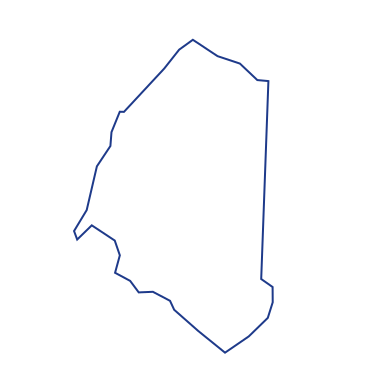 the district of Treutlen, Georgia, United States of America, rotated 284°
{"feature_id": "52423323B24374118756393", "entity_name": "Treutlen", "entity_type": "district", "adm_level": 2, "iso_a3": "USA", "parent_name": "United States of America", "parent_adm1": "Georgia", "projection": "robinson", "projection_center": [-82.588, 32.403], "detail": "fine", "context": "isolated", "style": "outline", "palette": "blue", "viewbox_px": 384, "rotation_deg": 284, "n_neighbors": 0, "source": "geoboundaries", "source_scale": "gbopen_adm2", "svg_char_len": 546}
<svg xmlns="http://www.w3.org/2000/svg" viewBox="0 0 384 384"><g transform="rotate(284 192 192)"><path d="M125.6,87.0L118.1,92.1L135.4,102.8L126.2,128.8L113.1,137.3L95.0,136.9L90.8,153.5L81.7,164.6L85.7,178.2L81.1,197.0L73.4,203.2L58.7,231.6L44.1,262.9L65.6,282.0L88.2,296.0L104.5,297.0L119.3,293.2L124.3,280.2L318.1,239.3L318.1,239.2L316.4,228.3L328.2,207.4L330.0,183.9L339.9,156.0L327.0,145.1L305.1,135.2L253.3,106.6L252.4,102.5L230.6,99.4L216.9,101.7L193.9,93.5L149.0,94.2L125.6,87.0Z" fill="none" stroke="#1e3a8a" stroke-width="2"/></g></svg>